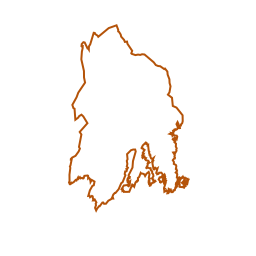 outline of Lyngdal nor, Vest-Agder, Norway, rotated 295°
{"feature_id": "86288312B23771706622322", "entity_name": "Lyngdal nor", "entity_type": "district", "adm_level": 2, "iso_a3": "NOR", "parent_name": "Norway", "parent_adm1": "Vest-Agder", "projection": "equal_earth", "projection_center": [7.039, 58.163], "detail": "fine", "context": "isolated", "style": "outline", "palette": "amber", "viewbox_px": 256, "rotation_deg": 295, "n_neighbors": 0, "source": "geoboundaries", "source_scale": "gbopen_adm2", "svg_char_len": 5855}
<svg xmlns="http://www.w3.org/2000/svg" viewBox="0 0 256 256"><g transform="rotate(295 128 128)"><path d="M205.9,90.6L204.7,88.8L206.2,87.2L207.9,83.2L209.6,81.9L211.3,79.3L211.4,78.3L212.9,77.6L216.2,74.2L210.4,68.3L198.1,62.5L198.8,61.5L199.3,58.6L200.1,57.7L199.8,56.7L187.9,58.4L185.4,58.1L182.6,59.3L183.1,58.6L182.9,57.8L187.2,52.6L186.9,51.3L184.5,50.6L182.7,51.2L183.1,52.4L181.7,52.6L181.5,53.1L177.8,53.9L170.5,56.7L161.0,64.0L155.2,66.8L151.0,69.9L139.0,68.0L134.1,68.4L125.4,67.8L122.9,70.2L122.9,71.4L113.2,76.8L116.4,78.5L118.1,78.7L120.4,80.2L119.6,82.6L115.2,89.2L104.0,85.9L102.4,88.5L90.1,91.6L89.0,93.1L85.9,93.2L80.6,92.2L77.6,89.9L75.8,89.3L75.3,89.5L75.8,90.2L69.7,91.7L68.0,91.5L68.5,91.8L67.4,92.6L60.9,94.7L55.1,97.5L53.8,97.5L52.7,98.7L54.0,99.4L53.3,99.8L56.1,101.7L58.8,102.5L58.7,103.5L62.1,103.7L61.2,104.6L63.1,105.2L62.3,106.3L63.4,107.4L63.2,108.6L63.7,109.0L66.2,108.7L67.9,111.5L67.8,112.0L65.6,113.1L66.4,113.4L65.9,114.8L65.3,115.1L65.4,115.5L63.2,116.9L65.6,117.1L65.3,120.3L61.6,121.2L60.5,120.2L55.4,119.8L49.7,120.7L50.4,121.7L49.2,122.9L51.2,124.0L51.1,124.9L49.0,126.2L49.1,127.1L47.6,127.0L48.2,128.2L48.9,128.4L47.2,130.8L45.7,130.7L44.6,131.6L41.7,131.9L39.8,134.0L42.1,134.1L45.1,134.9L45.2,135.4L49.6,136.3L50.0,137.0L49.2,138.3L50.0,140.0L53.8,140.9L56.4,142.8L58.2,143.0L57.4,143.6L57.8,144.4L58.8,143.5L58.6,143.0L61.4,142.8L63.6,143.5L63.8,144.1L68.6,145.4L75.1,145.2L76.6,146.0L84.2,145.6L84.8,144.5L87.4,143.8L87.9,144.7L88.7,145.0L90.1,144.0L90.3,144.6L92.0,144.7L92.5,143.2L95.2,142.6L97.7,140.8L99.5,140.8L103.9,138.2L109.1,140.1L110.6,141.7L111.5,143.6L110.0,144.9L100.1,146.5L94.0,148.8L85.4,148.5L84.7,149.3L83.2,149.2L84.1,150.4L83.1,150.7L82.4,149.6L80.5,149.3L79.0,150.4L80.3,151.0L80.0,151.6L78.8,151.9L80.4,152.5L77.0,153.6L74.7,153.0L76.1,152.7L76.3,151.9L74.1,148.5L69.7,148.0L69.5,148.6L70.0,149.4L68.7,149.7L69.1,150.1L68.4,151.0L69.0,151.4L68.7,152.0L70.7,156.1L78.6,155.7L78.6,156.3L77.5,157.4L78.0,157.8L77.6,158.4L81.8,157.8L84.1,158.5L84.5,158.8L84.0,159.1L84.6,159.3L86.9,158.1L88.4,158.8L92.7,158.5L92.3,159.4L92.9,160.7L92.9,162.3L91.7,163.8L94.4,164.1L96.9,165.3L95.2,167.0L91.7,167.9L90.9,168.8L91.1,169.1L89.5,168.9L87.5,169.6L86.7,170.2L87.5,170.4L87.0,170.6L87.2,171.2L85.0,172.2L85.4,172.7L88.1,172.9L89.5,174.4L91.4,175.4L91.7,174.8L90.9,174.1L90.8,173.2L92.1,172.6L91.9,171.9L92.4,171.2L95.2,171.4L96.8,170.2L97.4,168.9L99.0,168.2L99.3,166.8L101.1,165.4L100.6,164.9L100.6,162.7L99.5,161.9L99.6,161.4L102.6,161.5L104.2,161.0L104.9,161.5L104.6,160.8L105.2,160.8L106.1,161.3L106.9,160.3L106.4,157.9L106.9,156.8L108.3,157.0L108.1,156.0L109.0,155.1L107.0,154.0L107.4,153.4L109.6,153.3L108.7,152.8L109.1,152.5L110.2,152.6L110.5,153.1L110.8,153.1L111.5,152.7L111.7,151.9L115.1,152.3L115.2,151.7L114.8,151.4L115.7,150.5L115.4,148.9L115.8,148.7L118.5,148.8L122.4,150.3L122.2,151.3L121.2,151.6L121.6,153.2L120.4,153.3L120.6,153.7L115.9,156.5L115.6,157.3L114.3,157.6L113.4,158.8L112.8,158.8L112.8,159.8L111.7,160.2L110.2,161.8L110.2,163.1L111.6,163.8L109.9,163.9L109.4,164.5L109.0,163.9L108.0,164.0L107.9,164.7L106.3,165.1L101.5,168.5L101.5,169.2L103.0,169.8L103.3,169.0L103.6,169.6L102.8,171.2L103.9,171.8L99.2,172.6L99.2,173.5L98.4,174.0L99.3,175.0L100.6,175.1L101.6,177.1L99.8,180.8L101.2,180.9L100.9,181.3L97.7,183.1L97.7,183.6L95.2,183.7L96.0,182.8L95.4,182.8L95.5,181.9L95.1,181.8L98.2,182.0L97.3,181.1L98.2,180.9L98.1,180.0L99.6,180.3L99.9,179.3L98.1,179.2L98.3,179.9L97.9,179.9L97.3,179.1L98.3,178.8L97.5,178.8L96.6,177.5L94.3,177.5L93.6,179.2L92.4,179.9L92.4,180.7L94.1,181.5L94.1,182.7L94.8,182.7L94.0,183.4L95.0,183.8L92.2,184.3L97.3,184.8L93.2,184.8L93.6,185.4L88.8,186.0L88.2,186.3L88.4,187.0L87.6,186.8L85.6,187.9L87.3,189.0L86.8,189.2L87.6,190.5L87.5,191.0L85.5,191.3L86.0,192.1L88.0,192.4L88.9,191.9L88.9,191.1L90.0,190.7L89.8,191.9L90.4,192.7L88.2,194.4L88.8,195.6L90.2,195.8L91.3,195.0L90.7,196.1L91.4,196.7L93.2,196.3L94.3,196.8L94.5,196.2L95.9,197.0L96.0,196.1L96.8,196.1L96.8,195.3L98.4,194.8L100.3,195.3L103.1,194.6L103.6,194.3L103.7,193.2L106.9,192.2L107.3,191.4L108.7,191.4L107.7,191.2L107.8,190.1L109.9,190.6L110.5,190.0L109.8,189.8L110.5,189.8L111.0,188.7L113.9,187.9L114.8,186.9L114.8,184.7L116.6,184.0L117.7,182.2L119.9,182.7L120.2,183.3L121.0,183.1L121.8,182.1L123.2,181.9L124.9,179.3L125.5,180.2L125.3,181.4L127.9,181.6L128.7,180.9L130.2,180.7L131.3,179.2L134.1,178.1L134.8,176.1L136.1,176.4L136.5,175.5L136.0,175.3L136.7,173.3L137.6,173.5L138.0,174.3L139.7,174.5L137.7,175.3L138.4,175.8L138.2,176.9L141.0,176.3L141.6,175.4L140.7,172.8L141.3,172.2L139.7,171.6L140.7,170.8L140.3,168.3L141.4,169.1L141.6,169.9L141.8,169.6L141.9,170.2L142.5,170.3L142.3,171.0L144.0,171.0L144.6,170.2L145.5,171.8L145.4,170.6L146.1,170.6L146.9,171.4L146.6,172.2L147.7,173.0L149.8,172.9L152.0,170.3L154.3,170.4L152.9,172.1L149.8,173.2L149.4,174.3L149.9,175.1L151.6,173.9L152.6,174.9L153.4,174.4L155.1,175.1L157.3,174.7L162.6,172.1L167.0,163.3L166.9,159.3L174.0,155.1L175.1,150.1L177.9,150.5L183.8,148.9L186.3,146.7L189.7,144.9L193.1,141.4L195.8,139.8L197.5,136.4L196.7,135.9L197.6,131.1L196.9,129.1L196.8,126.6L198.4,123.6L201.6,111.9L200.8,109.6L199.4,108.2L198.8,106.1L197.2,103.9L196.8,100.0L197.1,99.4L199.7,99.2L204.1,91.9L205.9,90.6ZM104.0,194.8L97.8,197.0L98.5,197.9L101.7,197.4L98.6,198.1L98.6,198.7L96.5,199.7L97.2,201.8L98.3,202.8L97.5,203.5L97.6,204.0L99.6,203.6L99.3,204.5L99.7,204.8L100.9,204.1L99.9,203.5L100.7,201.9L101.4,201.5L100.8,201.1L101.1,200.0L102.6,200.6L102.4,201.1L104.3,200.7L105.5,201.2L101.5,202.8L102.0,205.4L104.3,204.9L104.2,203.9L103.3,203.5L103.9,202.8L105.0,203.7L105.2,204.5L106.9,204.6L106.7,203.7L107.0,203.5L106.6,203.1L107.0,202.1L106.0,201.0L106.8,200.4L106.3,200.0L106.7,199.2L106.2,198.8L106.9,198.2L105.3,197.8L105.4,197.4L102.9,197.2L104.8,196.0L105.0,195.2L104.0,194.8Z" fill="none" stroke="#b45309" stroke-width="2"/></g></svg>